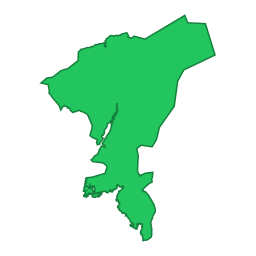 Namdalseid nor, Nord-Trøndelag, Norway (orthographic projection), rotated 180°
{"feature_id": "86288312B7521239931161", "entity_name": "Namdalseid nor", "entity_type": "district", "adm_level": 2, "iso_a3": "NOR", "parent_name": "Norway", "parent_adm1": "Nord-Trøndelag", "projection": "orthographic", "projection_center": [11.204, 64.324], "detail": "fine", "context": "isolated", "style": "filled", "palette": "green", "viewbox_px": 256, "rotation_deg": 180, "n_neighbors": 0, "source": "geoboundaries", "source_scale": "gbopen_adm2", "svg_char_len": 5813}
<svg xmlns="http://www.w3.org/2000/svg" viewBox="0 0 256 256"><g transform="rotate(180 128 128)"><path d="M41.0,201.0L50.6,232.3L68.3,233.2L71.2,240.6L111.0,216.9L122.2,219.8L124.1,218.0L126.9,218.4L127.0,218.9L128.0,218.9L127.6,220.3L128.7,222.7L129.2,223.2L134.1,222.0L135.5,221.1L135.7,220.6L136.5,220.9L138.1,220.1L139.1,220.7L141.6,220.1L145.0,220.4L146.3,220.0L147.7,218.4L149.7,217.1L150.2,215.6L150.9,215.1L150.7,214.1L151.0,213.7L150.1,213.3L150.0,212.9L151.0,212.1L150.7,211.2L150.8,210.8L150.4,210.9L149.9,209.9L150.3,208.8L151.6,210.2L151.2,210.9L151.3,212.0L151.9,213.2L154.0,212.4L157.6,212.0L158.3,211.2L160.5,211.4L162.6,209.5L164.5,209.4L166.5,208.4L169.2,208.4L172.6,206.9L174.6,206.9L177.6,204.0L177.9,195.4L188.2,187.4L194.9,185.4L203.4,178.8L209.2,177.9L215.0,173.0L207.9,171.5L206.8,166.0L206.7,164.4L207.1,163.3L206.2,161.8L205.0,160.9L204.3,159.3L197.0,150.7L195.2,146.0L193.1,149.6L192.0,149.6L191.7,150.5L191.4,150.5L189.4,149.2L189.1,149.4L188.5,148.7L188.5,148.0L186.4,147.8L185.8,145.8L183.3,143.5L176.3,145.8L175.5,144.7L173.1,144.1L168.6,141.7L163.9,130.8L164.0,127.4L165.2,123.8L166.0,120.3L163.4,118.5L158.3,116.1L159.5,114.2L158.7,111.2L156.1,112.0L156.2,113.0L155.9,113.5L152.9,117.1L152.9,117.7L154.2,118.9L154.2,120.6L153.0,120.7L152.9,121.2L152.6,121.3L152.6,121.8L151.6,122.5L151.6,125.5L151.2,126.7L149.9,127.9L149.0,129.7L148.8,131.4L148.4,132.1L146.3,133.8L143.3,137.3L143.1,138.4L143.7,139.0L143.1,139.8L143.0,138.9L142.8,138.9L141.2,140.9L141.3,141.3L141.0,141.3L141.1,141.7L140.6,141.3L140.8,141.7L140.7,142.4L140.2,143.6L139.5,144.2L139.2,145.7L139.1,146.3L139.3,146.4L139.5,149.2L139.4,150.8L138.9,152.3L138.0,152.6L138.8,152.2L139.0,150.0L138.8,147.7L138.6,147.2L138.5,145.6L138.2,145.3L138.8,144.8L139.0,143.5L139.6,142.8L139.8,141.6L140.1,141.5L140.3,140.6L141.2,140.3L141.9,137.9L142.8,136.6L142.5,136.5L142.9,136.3L142.7,135.9L142.2,135.6L143.3,135.8L143.4,135.3L144.0,135.0L143.9,134.5L144.7,134.9L144.9,134.5L144.7,134.0L145.0,134.0L145.0,133.1L144.1,133.1L143.7,132.5L144.6,131.9L144.7,131.2L144.2,131.2L144.8,129.3L144.9,127.3L145.3,126.9L146.8,123.0L147.3,122.9L147.3,122.5L148.7,121.0L149.9,118.4L150.8,117.9L151.0,116.6L153.7,112.7L153.5,111.9L151.5,110.8L151.0,108.9L154.1,110.2L154.8,109.6L155.7,107.6L156.8,106.1L157.3,104.0L158.4,102.0L159.1,101.2L160.9,100.4L162.5,98.7L163.3,97.2L164.9,96.1L163.4,94.4L153.0,93.1L149.5,90.4L149.0,88.8L151.0,82.6L164.1,78.8L169.5,78.2L170.2,77.6L169.5,76.4L170.3,76.5L170.4,76.1L170.4,75.1L170.0,74.4L170.6,74.3L169.8,72.9L170.9,72.8L171.3,71.5L170.9,70.6L167.4,69.3L165.3,69.1L165.4,69.7L165.9,70.2L166.0,71.1L165.0,69.9L163.9,69.4L162.0,70.1L161.9,68.5L162.7,68.3L161.3,67.9L161.3,66.6L161.6,65.1L161.3,64.3L160.2,63.5L160.1,63.0L160.7,62.2L161.6,62.6L162.5,62.3L162.8,61.5L163.8,60.8L163.6,60.4L163.7,59.6L163.1,59.5L163.0,58.9L162.2,58.8L160.5,58.8L159.9,59.5L158.0,59.1L157.9,59.8L156.6,59.5L156.3,60.0L156.7,60.2L157.1,61.3L156.1,61.8L155.7,60.9L155.3,60.9L154.5,61.6L154.6,62.8L154.3,62.8L154.4,63.2L156.0,63.1L159.3,62.3L159.2,63.1L158.6,63.2L157.5,63.2L155.2,64.3L153.5,64.0L152.2,64.8L150.7,64.6L150.3,64.4L150.3,64.0L148.3,63.1L147.0,64.6L146.2,64.8L146.1,65.9L145.8,66.3L145.5,66.0L145.6,64.9L145.1,64.2L144.2,64.2L144.9,64.9L144.7,65.4L143.0,65.1L142.8,65.4L143.3,65.8L142.9,66.2L142.0,66.1L141.6,67.0L140.2,66.9L140.0,67.2L140.3,67.5L139.2,67.7L139.2,68.5L139.0,71.0L138.3,70.0L137.8,70.6L137.9,71.0L137.2,70.8L136.9,69.8L136.4,69.2L135.1,69.4L135.1,69.0L134.2,68.9L133.3,69.7L133.8,70.1L132.8,69.7L132.8,69.0L132.4,69.0L132.5,68.3L133.8,67.8L134.2,66.8L135.6,65.3L137.1,65.0L137.3,64.3L136.9,64.2L137.0,63.8L138.2,62.0L138.7,60.2L139.0,60.2L138.9,59.4L139.1,59.4L139.2,57.5L139.5,57.5L139.8,56.4L139.6,55.1L138.5,55.1L138.1,56.1L137.9,55.9L137.6,55.7L137.6,53.8L136.3,53.6L136.2,53.2L136.6,52.8L136.5,52.3L136.8,52.3L137.7,49.9L138.5,49.6L138.4,48.9L138.1,48.4L137.6,48.8L136.9,47.7L137.2,46.6L136.4,45.7L135.9,45.8L135.7,45.1L135.3,45.1L133.4,42.6L132.2,42.8L132.7,42.8L132.1,43.5L131.0,42.3L130.1,42.4L130.0,42.2L130.3,42.1L130.1,41.1L130.3,40.5L129.8,40.8L129.1,40.5L129.2,39.9L128.9,39.4L128.3,39.1L127.8,38.0L126.7,37.2L126.3,35.8L125.5,35.1L125.4,33.9L125.1,33.4L124.0,32.7L123.1,32.8L123.1,32.5L122.9,32.4L122.9,31.8L122.4,31.5L122.4,30.5L122.7,29.6L124.5,31.2L125.7,31.4L125.6,30.1L125.3,29.7L123.7,29.6L123.0,28.6L122.5,28.9L121.8,27.9L121.0,28.0L120.2,27.6L120.3,27.1L119.2,27.0L118.8,28.0L119.1,28.0L119.2,28.6L118.2,29.9L118.0,30.9L119.1,31.0L119.1,31.9L117.8,32.3L117.3,33.0L116.7,32.9L116.5,32.1L115.7,32.3L115.6,31.8L113.7,32.3L113.9,29.3L114.2,29.3L114.1,28.8L113.6,28.8L114.2,26.8L114.9,25.7L115.6,23.0L115.4,22.5L114.9,22.9L114.7,21.3L113.5,21.1L113.6,19.0L113.3,18.8L113.1,17.9L113.1,15.4L108.7,16.1L104.9,18.8L104.3,20.6L104.5,21.4L104.2,21.9L104.4,22.6L104.2,26.7L105.3,33.5L103.6,37.9L103.3,39.7L100.9,43.7L100.8,46.7L102.0,51.4L107.4,60.6L110.6,64.3L112.1,64.1L112.3,65.3L113.0,65.3L113.2,65.9L113.7,65.7L113.9,66.2L106.7,72.6L103.9,74.0L103.9,74.6L104.4,76.8L103.7,78.4L103.2,83.7L111.1,82.7L112.9,81.6L114.8,81.1L115.9,80.0L117.9,83.3L118.5,85.5L117.8,100.7L119.3,107.3L114.8,110.8L103.9,109.2L99.6,116.3L96.6,128.6L81.8,149.7L78.3,174.9L72.2,186.1L41.0,201.0ZM172.2,59.7L169.4,58.8L169.1,59.6L168.2,59.8L168.8,60.6L168.7,61.1L168.0,60.8L168.0,61.2L167.4,61.6L167.3,62.5L167.6,62.5L167.5,62.8L167.2,62.8L167.2,62.4L166.4,62.8L166.2,61.6L165.3,61.6L165.3,62.0L164.2,62.3L163.9,62.8L163.1,62.8L162.3,64.3L162.7,64.3L163.0,65.5L163.6,65.9L163.8,66.5L163.6,66.7L164.6,67.8L167.3,67.6L167.4,68.1L167.0,68.1L167.1,68.4L168.3,69.2L171.3,69.9L171.9,68.5L172.0,67.0L172.6,64.9L171.0,64.5L170.7,65.1L169.9,65.2L170.6,64.6L170.6,62.9L171.2,62.6L171.3,62.0L170.3,61.1L171.5,60.9L171.4,60.5L171.8,59.9L172.3,60.2L172.2,59.7Z" fill="#22c55e" stroke="#15803d" stroke-width="1.5"/></g></svg>